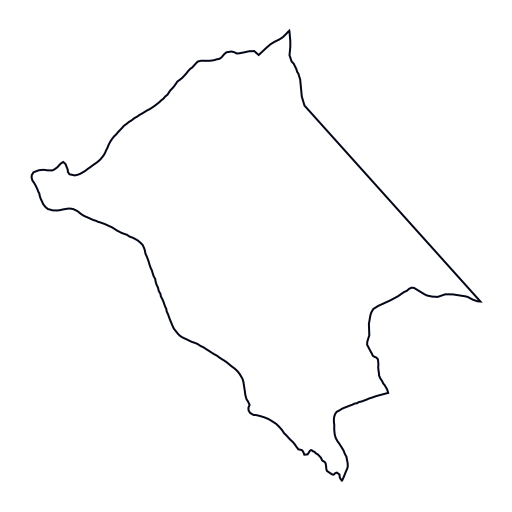 the district of Cidade De Lichinga, Niassa, Mozambique
{"feature_id": "85939544B62365198391986", "entity_name": "Cidade De Lichinga", "entity_type": "district", "adm_level": 2, "iso_a3": "MOZ", "parent_name": "Mozambique", "parent_adm1": "Niassa", "projection": "natural_earth1", "projection_center": [35.229, -13.307], "detail": "fine", "context": "isolated", "style": "outline", "palette": "ink", "viewbox_px": 512, "rotation_deg": 0, "n_neighbors": 0, "source": "geoboundaries", "source_scale": "gbopen_adm2", "svg_char_len": 4633}
<svg xmlns="http://www.w3.org/2000/svg" viewBox="0 0 512 512"><path d="M266.5,47.7L258.7,55.0L254.1,51.0L252.0,51.2L249.4,51.2L247.1,51.7L244.4,52.3L241.9,52.8L239.3,53.3L236.8,53.5L234.2,52.2L231.3,51.5L229.1,51.9L226.4,52.3L224.0,54.4L221.6,57.3L219.5,58.8L216.8,59.3L214.0,60.2L211.3,60.6L209.2,60.8L206.8,60.8L204.4,60.8L202.3,60.7L200.2,60.9L197.7,61.6L196.2,63.1L193.8,65.7L192.5,67.3L190.3,68.8L188.2,71.0L186.3,73.5L184.1,75.9L182.3,77.8L180.2,79.5L177.3,81.6L175.8,83.9L174.0,86.4L172.4,88.3L170.3,90.4L168.6,92.9L167.5,94.7L165.2,96.5L163.5,98.6L161.3,100.3L159.4,102.1L156.8,104.2L154.7,105.8L152.1,107.6L149.6,109.2L147.3,110.3L144.7,111.9L142.3,113.4L139.5,114.9L137.2,116.6L134.4,118.1L131.7,120.3L129.0,121.9L126.3,124.1L124.0,125.7L122.0,128.0L119.5,130.6L117.8,132.4L116.2,134.4L113.9,136.6L111.9,139.2L110.0,142.1L108.6,144.9L107.6,147.5L106.1,150.4L105.1,152.8L103.6,155.4L102.1,157.3L100.2,159.6L97.7,161.8L95.5,163.4L93.0,165.1L90.8,166.8L87.9,168.8L85.2,170.9L82.5,172.5L79.8,174.0L77.2,174.9L74.7,175.4L72.5,174.9L69.5,174.3L67.9,172.0L67.7,169.6L66.5,166.6L65.4,163.9L63.2,162.0L60.7,163.6L58.9,165.5L57.3,167.3L54.6,169.3L52.4,170.4L49.7,170.4L47.2,170.3L44.7,169.9L42.1,169.9L39.1,170.2L36.5,171.1L33.5,172.3L31.8,175.1L31.6,177.5L32.4,180.5L34.1,182.9L35.6,185.5L37.3,189.0L38.3,191.7L39.3,193.5L39.7,195.7L40.5,198.3L42.0,201.5L43.3,204.3L45.5,207.1L48.0,209.1L50.4,209.7L52.8,210.4L55.0,210.4L57.5,210.5L60.6,210.0L63.2,209.4L65.6,209.0L68.1,208.6L70.5,208.6L73.3,209.1L75.6,210.2L77.4,211.1L80.9,213.9L83.3,215.5L85.6,216.6L88.2,217.7L91.0,219.0L93.5,220.1L96.0,220.8L98.2,221.9L100.3,222.4L102.1,223.1L103.9,223.7L106.5,224.8L109.2,226.1L111.6,227.1L114.2,228.7L116.9,230.5L119.1,231.6L121.1,232.7L123.7,233.7L126.8,234.7L129.8,236.7L132.5,237.6L135.0,238.9L137.8,240.5L140.3,242.6L142.6,244.9L144.1,248.1L144.9,250.6L145.4,253.5L146.7,256.4L147.8,259.1L148.7,261.8L149.5,264.5L150.5,267.5L151.9,270.5L152.7,273.4L153.7,276.3L155.2,279.0L155.6,281.5L156.5,284.6L158.0,287.7L158.8,291.1L160.5,294.0L160.8,296.2L162.9,300.3L164.0,303.3L164.9,306.0L166.3,309.0L166.7,311.5L168.0,314.2L168.9,316.8L170.1,320.0L171.2,322.6L172.5,325.8L173.9,328.7L176.1,331.5L178.1,334.0L180.2,336.0L182.6,337.5L185.4,338.8L187.6,339.8L189.7,340.9L191.9,341.9L194.9,342.9L197.4,343.9L200.6,346.0L203.4,347.3L206.3,349.2L209.0,350.9L211.4,352.5L214.3,354.3L216.7,355.5L219.2,357.4L221.9,359.2L224.1,360.5L226.6,362.2L228.9,364.1L231.3,366.1L234.2,368.2L236.7,370.4L238.1,372.0L239.4,373.6L241.1,376.4L242.6,379.1L243.4,381.9L243.8,384.5L244.2,387.0L244.7,390.3L245.1,393.2L245.5,395.7L246.5,399.2L248.0,401.5L249.6,404.9L248.4,407.8L248.4,408.0L248.6,410.5L250.2,413.0L253.4,414.9L256.3,415.1L260.3,416.1L264.2,417.3L268.6,419.1L272.7,421.6L276.2,423.9L278.8,426.4L281.9,429.9L284.1,433.2L286.5,435.5L289.7,439.1L293.2,442.4L294.9,444.5L296.3,446.6L297.3,448.0L297.6,448.2L298.2,449.3L300.2,449.7L302.2,450.3L303.5,452.4L304.3,454.7L307.6,454.4L308.7,452.7L309.9,450.8L310.9,450.2L311.6,450.1L312.7,451.2L314.5,451.8L315.8,453.3L317.9,454.5L319.7,456.4L321.0,457.8L321.6,459.3L322.3,460.6L324.5,461.8L325.6,463.3L326.0,465.5L326.4,469.5L327.0,471.0L330.1,473.1L331.6,474.1L332.9,474.7L333.6,474.7L335.2,473.2L336.9,472.6L339.5,474.6L339.7,477.2L340.6,479.0L341.7,480.3L341.7,481.3L343.1,478.5L344.1,476.1L345.4,472.8L346.4,470.4L347.3,468.5L347.8,466.1L347.6,462.8L346.9,459.5L346.4,456.7L344.8,453.8L343.5,450.4L341.4,447.0L339.3,443.7L337.4,441.1L335.8,438.1L334.8,434.9L334.4,431.6L334.2,428.2L334.3,425.2L333.9,422.1L333.9,418.7L334.4,416.0L335.3,413.7L336.7,411.8L339.6,410.3L341.9,408.8L344.2,407.8L346.6,406.9L349.3,405.8L352.1,404.8L354.6,403.6L357.0,403.2L359.0,402.0L361.6,401.5L364.2,400.5L366.9,399.5L369.0,398.5L372.0,397.6L374.5,396.7L376.9,395.9L388.2,392.9L387.1,389.4L384.7,385.2L384.4,384.8L383.2,383.5L382.5,381.8L381.8,380.6L380.6,378.9L379.8,377.2L379.1,375.7L379.0,373.7L378.7,371.7L378.4,369.7L378.2,367.2L378.4,364.6L378.2,361.6L377.8,359.1L376.1,357.4L374.4,356.8L373.0,355.9L372.5,355.1L372.1,354.1L370.5,351.2L367.1,344.7L367.3,341.6L369.3,335.3L368.9,323.9L370.4,315.2L371.4,312.3L373.3,309.0L378.2,305.9L390.3,300.4L397.9,296.3L403.8,292.2L407.0,290.7L409.1,288.8L411.6,287.7L414.0,287.9L424.5,294.3L427.0,295.5L432.2,296.6L437.7,296.9L445.3,294.3L452.9,294.4L465.2,296.3L467.6,296.9L472.9,299.7L477.5,301.3L480.4,301.5L304.5,105.6L301.8,96.6L300.2,79.7L298.4,73.7L297.2,71.9L296.3,69.0L293.7,63.7L291.6,61.5L289.5,55.2L290.3,46.9L290.3,41.1L289.5,31.8L289.3,30.7L288.4,31.5L286.2,33.9L282.7,37.3L279.1,39.6L274.9,41.6L270.7,44.1L266.5,47.7Z" fill="none" stroke="#020617" stroke-width="2"/></svg>